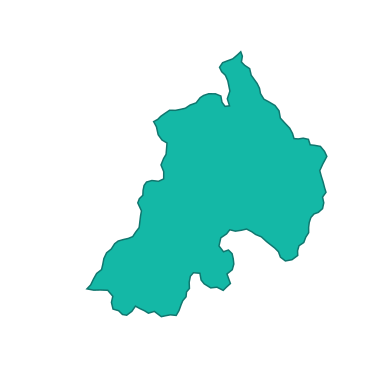 Cipotânea, Minas Gerais, Brazil, rotated 334°
{"feature_id": "56859067B10436357826838", "entity_name": "Cipotânea", "entity_type": "district", "adm_level": 2, "iso_a3": "BRA", "parent_name": "Brazil", "parent_adm1": "Minas Gerais", "projection": "natural_earth1", "projection_center": [-43.36, -20.915], "detail": "fine", "context": "isolated", "style": "filled", "palette": "teal", "viewbox_px": 384, "rotation_deg": 334, "n_neighbors": 0, "source": "geoboundaries", "source_scale": "gbopen_adm2", "svg_char_len": 2226}
<svg xmlns="http://www.w3.org/2000/svg" viewBox="0 0 384 384"><g transform="rotate(334 192 192)"><path d="M305.7,259.5L307.1,253.8L312.3,251.0L313.0,246.4L314.2,240.6L315.1,234.5L316.2,228.8L321.9,224.1L325.4,221.6L328.8,219.1L328.9,213.5L327.4,207.3L322.8,203.9L318.9,201.4L319.7,195.7L315.6,192.4L310.8,190.9L307.1,188.7L308.0,183.5L307.8,177.5L305.7,170.8L303.8,164.3L305.8,157.2L304.5,150.6L300.6,144.7L297.3,140.1L296.7,133.6L298.1,128.4L298.1,123.0L297.3,118.3L296.4,113.0L297.9,106.4L294.9,101.3L293.4,96.8L296.8,92.0L297.3,87.3L293.2,88.6L287.0,90.2L281.1,89.6L276.2,89.2L271.4,92.0L271.4,96.9L273.2,101.8L272.9,107.8L270.3,117.9L264.6,123.7L263.5,131.0L259.2,129.5L258.3,124.5L260.0,118.4L256.1,114.0L250.0,111.0L244.8,110.3L240.7,110.8L234.8,113.7L228.4,113.0L222.8,113.8L218.0,112.7L213.0,111.4L207.7,108.7L201.9,109.5L197.0,110.3L193.1,111.7L188.4,111.9L188.6,117.9L186.7,125.7L187.8,132.1L191.0,137.0L188.0,142.1L185.2,146.8L181.2,149.4L176.0,154.1L175.5,161.3L172.3,167.8L166.6,167.7L161.0,164.1L155.5,163.1L151.8,165.1L148.8,169.0L146.4,173.4L141.8,174.9L138.5,178.0L138.3,186.8L135.3,190.9L132.4,195.4L128.9,200.8L123.7,203.4L119.2,206.1L114.4,205.8L109.3,204.6L104.1,203.7L99.8,204.6L94.4,207.9L88.6,209.2L83.6,213.2L80.2,217.8L76.7,222.1L70.6,223.4L65.4,227.0L60.2,231.1L55.1,233.0L60.6,237.1L66.7,239.9L73.2,243.4L75.1,251.0L71.2,255.9L69.7,262.6L74.0,266.5L75.8,271.6L79.3,274.1L85.6,272.9L91.1,269.8L94.1,274.0L97.1,277.7L99.7,281.8L105.8,282.8L109.8,290.6L113.9,291.6L118.7,292.9L123.7,296.0L128.3,292.9L132.8,288.5L136.1,285.6L140.7,283.6L143.3,279.4L147.4,277.6L149.9,271.9L153.6,267.0L157.9,265.2L163.5,268.5L161.6,275.1L162.7,279.9L166.8,286.4L172.7,288.5L176.9,294.1L181.3,292.6L186.4,291.1L187.5,281.0L194.1,279.5L198.0,275.1L199.8,270.1L201.0,265.0L199.3,260.1L194.1,259.5L192.6,252.3L197.8,245.8L204.7,244.8L209.4,242.5L213.8,246.2L219.5,248.0L224.8,249.2L228.3,253.9L230.5,258.0L234.7,262.7L237.2,269.1L239.7,274.3L241.8,278.6L243.5,283.6L242.9,289.3L245.7,294.9L252.2,296.7L259.2,295.4L261.1,291.1L264.6,287.2L270.3,286.4L274.4,282.5L279.0,279.7L281.4,274.8L284.0,270.8L287.7,267.0L292.1,265.2L296.6,265.7L302.0,264.2L305.7,259.5Z" fill="#14b8a6" stroke="#0f766e" stroke-width="1.5"/></g></svg>